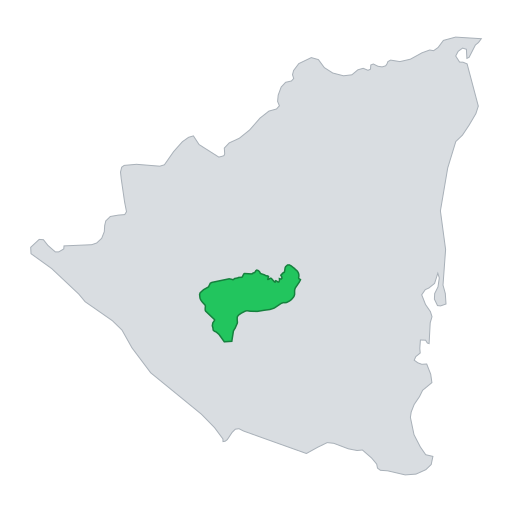 where Boaco sits in Nicaragua
{"feature_id": "NIC-668", "entity_name": "Boaco", "entity_type": "Department", "adm_level": 1, "iso_a3": "NIC", "parent_name": "Nicaragua", "parent_adm1": "", "projection": "mercator", "projection_center": [-85.423, 12.417], "detail": "fine", "context": "in_parent", "style": "filled", "palette": "green", "viewbox_px": 512, "rotation_deg": 0, "n_neighbors": 0, "source": "natural_earth", "source_scale": "10m", "svg_char_len": 4249}
<svg xmlns="http://www.w3.org/2000/svg" viewBox="0 0 512 512"><path d="M481.3,38.7L478.5,42.5L475.4,45.0L469.1,57.3L466.9,58.4L466.4,49.3L462.6,48.1L458.2,51.3L455.7,56.0L459.6,62.1L463.0,62.2L467.1,63.9L478.3,106.1L475.9,113.6L469.0,125.3L462.4,135.2L455.8,141.5L447.7,168.0L440.4,210.9L445.6,249.5L443.0,285.1L445.3,293.5L446.0,304.0L440.6,305.9L437.5,305.6L434.4,299.1L434.7,293.5L438.0,286.9L439.3,277.9L437.8,273.2L434.6,283.4L428.9,288.0L425.3,289.6L421.7,294.8L425.5,304.5L430.4,311.6L432.0,316.7L430.2,322.8L429.1,343.6L427.3,343.0L425.6,340.2L420.4,340.0L419.8,348.4L420.2,353.0L415.8,356.6L414.2,360.2L417.8,362.8L421.8,364.3L426.7,364.0L430.7,374.2L431.9,382.6L422.6,390.3L419.5,396.6L414.2,404.4L411.2,412.0L410.4,417.4L414.0,434.7L420.3,446.9L425.7,454.7L432.9,456.4L431.2,464.5L425.8,469.7L416.0,474.1L405.2,474.9L387.6,470.8L380.4,470.3L377.5,468.1L376.7,464.1L371.6,458.0L362.4,450.0L357.0,450.5L348.3,448.8L333.8,443.3L327.2,442.6L317.6,447.3L306.4,453.5L279.5,443.9L260.5,437.1L243.5,431.0L239.0,428.7L235.3,429.2L232.1,432.4L228.4,438.0L227.2,439.7L225.2,441.2L223.0,441.6L222.9,438.9L214.6,427.7L201.4,414.2L150.7,372.8L132.0,347.9L122.0,330.1L112.5,320.8L85.1,301.7L78.8,294.1L51.7,268.6L31.0,253.7L30.7,247.3L39.2,239.4L43.4,239.7L47.9,245.4L55.3,251.9L58.7,251.9L63.8,248.9L64.0,245.9L91.7,244.7L96.7,243.0L101.7,238.3L104.3,231.7L104.7,225.4L105.8,220.9L110.3,216.5L118.4,215.1L124.7,214.6L126.5,211.7L124.6,202.0L121.2,178.6L120.5,172.1L121.7,167.2L124.2,165.4L136.5,164.3L159.8,166.2L164.4,164.8L173.7,151.5L182.4,141.7L188.6,137.3L193.4,135.9L199.1,144.6L218.8,157.1L222.1,156.3L224.0,155.6L224.7,153.9L224.3,148.1L229.2,142.9L239.4,138.2L249.7,129.9L260.0,118.1L268.9,111.1L276.5,109.0L279.4,105.8L277.6,101.4L278.2,95.1L281.2,87.0L285.6,82.3L291.4,81.0L293.7,78.5L292.5,74.7L293.6,70.5L298.8,63.6L311.3,57.6L318.4,59.6L324.3,67.6L332.7,73.0L343.5,75.8L351.9,74.8L357.9,69.8L363.2,68.3L368.0,70.3L370.5,69.2L370.8,65.0L373.3,64.0L378.0,66.3L382.1,66.9L385.7,65.8L387.1,63.7L387.9,61.6L390.6,60.1L399.9,61.6L410.4,59.2L422.0,52.8L429.7,50.0L433.6,50.7L438.1,47.5L443.4,40.4L455.6,37.1L481.3,38.7Z" fill="#d9dde1" stroke="#a8b0b8" stroke-width="1"/><path d="M256.6,270.1L257.2,270.2L258.1,270.5L259.1,271.3L259.9,272.3L260.3,273.3L261.0,273.7L264.3,274.8L266.1,275.8L267.7,275.9L268.5,276.5L268.3,276.8L267.8,279.4L268.5,279.4L270.2,278.2L271.3,278.4L274.4,281.9L275.1,282.1L275.3,281.1L275.7,280.7L276.6,281.1L277.6,281.7L278.1,282.1L278.7,282.1L279.1,281.5L279.4,280.7L279.5,279.7L279.4,278.6L281.1,279.1L281.9,278.3L281.8,276.8L280.8,275.2L282.1,273.9L282.5,273.7L282.4,273.4L283.1,272.8L284.0,272.3L284.3,272.3L284.7,270.8L285.1,267.9L285.6,266.7L287.5,265.0L289.3,264.9L291.2,265.9L294.1,268.2L294.6,268.4L295.4,269.6L296.3,270.1L296.9,270.7L297.5,271.4L298.4,273.0L298.8,274.3L298.9,276.2L298.6,277.8L298.7,278.2L298.8,278.6L299.9,279.2L300.5,279.7L299.2,282.2L295.4,287.8L295.0,288.7L294.8,289.5L294.6,290.6L294.6,294.4L294.3,295.5L293.8,296.7L292.1,298.8L291.0,299.9L289.5,301.0L286.6,302.5L285.2,302.7L284.6,302.7L283.5,302.6L282.5,302.9L281.0,303.5L275.1,307.5L273.9,308.2L269.9,309.5L264.5,310.2L257.3,311.4L253.0,311.3L250.1,311.2L247.6,310.8L246.5,310.8L245.1,311.2L241.4,313.1L238.8,314.9L238.3,315.4L237.5,316.5L237.3,317.0L237.2,317.7L237.2,320.1L237.4,322.0L237.4,322.7L237.2,323.4L235.2,328.0L235.0,328.4L234.8,328.6L233.9,330.1L233.4,331.1L231.8,341.3L224.3,341.8L218.9,334.3L216.2,332.0L214.6,331.3L213.8,330.7L213.2,330.1L213.1,329.3L212.9,327.7L212.3,325.8L212.8,322.9L214.5,320.4L214.6,319.8L214.4,319.5L205.7,311.2L205.4,310.7L205.2,309.9L205.2,308.2L205.4,306.2L205.3,305.6L205.0,305.0L202.5,302.3L201.2,300.6L200.5,299.4L200.0,298.0L199.6,294.5L200.2,292.7L203.2,290.0L203.7,289.6L208.5,286.9L210.3,283.2L211.9,282.4L229.2,278.8L230.6,279.1L232.1,279.4L232.7,279.7L233.0,279.7L233.4,279.6L234.6,278.5L235.8,278.3L237.8,277.9L238.7,277.4L239.2,277.4L241.1,277.3L241.7,277.3L242.1,277.1L242.4,276.7L243.7,274.1L243.9,273.9L244.1,273.7L244.3,273.6L244.6,273.5L251.0,273.9L252.1,273.8L252.6,273.6L252.7,273.3L252.9,273.2L253.1,273.0L253.9,272.8L254.4,272.6L254.8,272.3L255.0,272.1L255.3,271.7L255.6,271.3L255.7,270.9L255.9,270.7L256.6,270.1Z" fill="#22c55e" stroke="#15803d" stroke-width="1.5"/></svg>